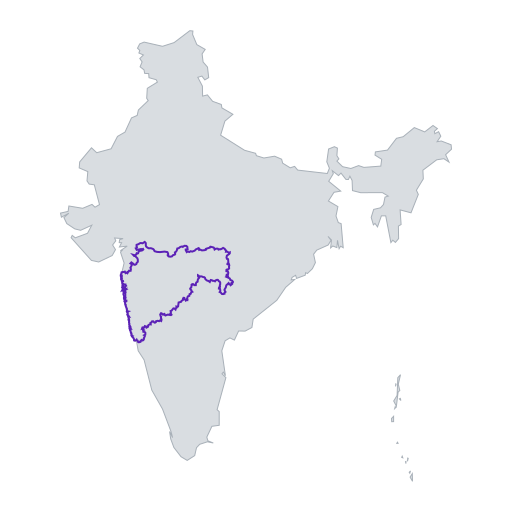 Maharashtra highlighted on a map of India
{"feature_id": "IND-2447", "entity_name": "Maharashtra", "entity_type": "State", "adm_level": 1, "iso_a3": "IND", "parent_name": "India", "parent_adm1": "", "projection": "robinson", "projection_center": [76.089, 18.818], "detail": "fine", "context": "in_parent", "style": "outline", "palette": "violet", "viewbox_px": 512, "rotation_deg": 0, "n_neighbors": 0, "source": "natural_earth", "source_scale": "10m", "svg_char_len": 9725}
<svg xmlns="http://www.w3.org/2000/svg" viewBox="0 0 512 512"><path d="M60.5,213.1L68.1,211.4L68.9,206.0L82.7,208.3L92.0,204.4L95.0,207.2L99.5,204.6L94.3,184.8L89.2,184.1L87.0,180.9L87.8,171.6L79.2,167.9L79.7,161.9L91.5,147.8L96.7,152.7L111.1,148.8L117.5,136.4L125.0,132.1L131.5,117.9L137.2,115.4L138.4,110.0L148.2,100.6L146.7,98.3L147.3,88.3L157.4,82.1L156.2,79.7L149.0,77.7L148.7,73.6L144.7,73.4L144.0,69.9L140.1,66.8L142.1,61.9L139.8,58.5L143.4,55.0L138.9,53.0L139.8,50.4L137.5,48.2L139.7,43.9L144.1,42.1L162.5,46.3L174.1,42.6L189.8,30.7L192.9,31.0L192.6,34.5L196.8,44.6L205.2,49.4L202.1,53.9L203.1,62.0L207.5,67.1L208.7,77.6L204.8,79.9L201.9,76.1L197.8,77.3L202.4,86.1L202.6,96.1L207.4,94.9L212.6,101.3L221.3,104.5L221.9,107.9L232.9,114.3L224.9,121.1L220.6,135.2L244.6,150.3L255.6,153.3L256.4,155.7L263.9,158.0L274.6,156.2L281.6,159.2L282.7,163.2L290.2,167.8L294.6,166.4L297.7,170.1L327.3,173.5L329.4,168.2L326.8,161.8L328.6,149.0L334.4,146.7L337.4,148.1L336.9,155.7L338.9,158.9L336.9,161.1L342.6,166.7L350.9,168.5L358.6,165.6L363.9,167.4L380.8,166.1L381.7,159.3L375.0,155.1L375.4,151.9L387.5,150.1L396.5,138.3L403.2,136.7L414.3,127.6L424.7,131.9L433.0,125.5L437.4,128.6L434.4,131.2L434.8,133.7L438.6,131.7L440.8,136.2L437.1,141.7L441.3,141.0L451.1,144.8L451.5,149.2L445.6,154.7L449.0,162.1L443.9,158.7L436.7,159.8L422.9,170.2L423.3,178.9L416.4,190.2L418.3,194.4L411.0,212.8L400.1,209.9L401.1,224.5L398.4,226.1L398.6,238.6L395.4,242.4L392.8,240.2L390.9,242.6L385.7,215.8L381.4,215.8L377.5,226.9L375.0,223.4L373.4,224.9L371.2,217.4L373.7,209.4L380.5,207.8L383.5,204.5L385.0,197.1L388.2,196.1L382.4,192.6L360.7,192.7L352.5,190.6L352.1,180.5L349.9,176.2L348.4,179.5L345.9,179.4L341.0,173.1L338.5,175.6L332.3,170.7L333.3,173.7L328.7,181.3L340.7,191.1L334.0,192.3L328.4,201.0L337.9,206.6L336.0,216.0L338.3,222.6L341.1,223.6L343.2,247.7L340.6,246.2L339.1,248.7L337.5,240.3L336.9,247.6L332.8,246.0L330.6,247.9L331.5,240.0L328.0,236.4L331.0,240.3L328.2,245.0L316.8,250.1L313.6,254.2L315.4,262.6L312.4,268.7L307.4,273.5L305.6,272.7L305.2,275.2L296.6,278.4L295.6,275.3L292.1,277.4L291.2,279.9L294.8,279.4L285.7,287.3L276.8,300.3L253.2,319.1L251.9,327.5L245.1,331.1L238.6,331.0L234.4,340.1L229.9,337.9L225.1,340.8L221.8,350.8L225.4,375.7L223.3,372.1L222.0,373.8L225.9,377.6L217.1,409.7L219.2,411.6L219.2,425.3L211.9,426.3L206.8,437.1L207.9,440.8L213.3,443.0L207.4,441.8L199.7,444.3L196.5,447.7L194.7,455.6L187.2,460.4L181.0,456.7L173.9,447.5L170.7,438.9L169.6,431.5L172.6,437.6L171.0,431.5L162.5,409.0L151.8,390.1L144.1,359.9L138.2,350.8L136.6,341.6L134.5,340.8L129.9,329.1L123.7,294.9L125.5,288.9L125.1,286.8L123.2,289.6L122.7,288.0L122.9,284.6L125.3,284.9L122.6,283.6L121.0,276.2L124.1,263.0L120.5,252.1L122.0,250.5L120.4,250.7L127.2,246.1L119.4,247.0L121.6,242.7L119.2,242.6L119.6,239.7L123.1,238.6L114.6,238.0L115.8,240.8L112.6,245.0L115.5,249.6L112.2,255.5L98.7,262.0L91.4,260.4L71.1,237.7L72.2,235.4L75.3,237.8L87.5,233.3L91.8,225.2L80.6,230.3L74.8,228.9L66.8,223.6L63.9,217.6L68.8,213.2L61.4,217.2L60.5,213.1ZM396.4,406.2L393.7,401.0L397.1,395.4L397.8,377.7L400.5,374.7L398.3,384.2L399.8,390.5L398.1,392.1L396.4,406.2ZM412.3,473.6L412.5,481.3L410.1,477.1L412.3,473.6ZM393.6,421.6L391.7,421.7L391.5,418.5L393.6,416.3L393.6,421.6ZM406.0,461.4L405.9,463.6L405.5,461.6L406.0,461.4ZM408.2,458.3L407.5,461.3L407.7,458.1L408.2,458.3ZM410.5,470.9L409.8,473.2L409.2,472.3L410.5,470.9ZM398.1,443.3L396.8,443.4L397.4,442.2L398.1,443.3ZM395.9,407.4L394.7,408.6L395.2,406.7L395.9,407.4ZM400.3,398.4L400.9,400.5L399.4,398.9L400.3,398.4ZM402.8,457.8L401.7,457.4L402.2,456.2L402.8,457.8ZM396.1,384.1L395.5,386.4L395.8,383.9L396.1,384.1Z" fill="#d9dde1" stroke="#a8b0b8" stroke-width="1"/><path d="M134.8,340.6L134.1,340.4L134.1,339.5L133.5,338.1L131.9,336.4L131.9,336.1L132.3,335.9L131.4,335.4L131.6,333.8L131.9,333.3L131.4,333.7L131.3,334.5L131.2,332.9L130.9,332.8L130.4,330.7L130.2,330.5L130.5,330.0L129.9,329.5L129.4,328.1L129.5,327.4L130.0,328.1L130.4,328.2L130.1,327.8L130.3,327.5L129.9,327.4L129.6,326.9L130.3,326.7L130.1,326.3L129.7,326.5L129.5,326.2L129.7,325.4L129.2,324.7L129.4,323.5L129.0,322.5L129.2,320.9L128.8,320.5L128.7,320.1L129.0,320.1L129.1,319.4L128.5,317.1L127.9,315.8L128.7,316.1L127.6,314.5L127.8,313.1L127.0,311.9L128.1,311.4L127.2,311.2L127.0,310.8L126.8,309.8L127.0,309.1L125.6,305.7L125.8,305.1L125.4,304.7L126.0,303.9L125.5,304.3L125.2,303.9L124.9,301.9L124.4,301.4L124.6,300.4L125.0,301.1L126.1,301.4L126.2,301.6L126.0,302.0L126.4,301.4L126.4,300.6L125.3,300.5L124.9,300.1L125.0,299.8L124.2,299.3L123.9,298.0L124.1,296.7L124.7,296.6L125.5,297.9L125.6,297.6L124.9,296.2L124.2,296.2L123.4,294.3L123.6,292.4L124.2,292.4L124.4,292.0L125.3,293.5L125.3,292.7L125.6,292.2L125.2,291.9L125.1,291.2L124.7,291.5L124.0,290.9L124.2,290.5L124.4,290.6L124.6,290.1L125.3,289.8L124.8,289.7L126.1,289.3L126.2,289.0L125.3,289.3L125.3,288.2L125.0,287.8L125.1,286.7L124.6,287.4L124.5,288.7L123.9,289.4L123.9,288.8L123.6,289.1L123.0,290.8L122.7,290.7L122.7,289.9L122.3,290.1L122.7,289.3L122.7,288.6L122.9,288.7L123.0,288.4L122.8,288.2L123.0,286.6L122.5,286.7L123.1,285.3L122.4,286.0L122.5,284.3L125.1,284.6L125.8,286.0L126.1,285.8L125.3,284.5L124.1,284.4L123.2,283.8L122.8,284.0L122.2,283.3L122.1,281.7L123.8,280.9L122.7,281.0L122.0,280.1L121.8,280.7L122.1,281.1L121.7,280.8L121.2,277.9L121.5,278.3L121.8,278.2L121.6,277.6L121.8,277.0L121.8,276.8L121.1,277.6L121.1,276.7L120.7,275.9L120.9,274.3L121.5,273.4L121.5,272.4L122.5,272.0L123.8,272.0L124.8,271.6L125.5,273.0L126.0,272.6L126.4,272.9L126.9,272.7L127.4,273.2L127.8,272.6L127.8,271.8L128.6,271.6L129.0,270.7L130.6,270.8L130.9,269.3L130.7,268.1L130.4,267.8L131.8,265.1L131.1,263.7L130.5,263.4L131.4,262.4L133.5,263.9L134.1,264.7L135.0,264.8L136.3,264.1L136.6,263.0L137.8,261.8L137.8,259.7L137.4,258.3L135.1,256.0L134.2,256.0L133.1,254.8L135.0,255.3L136.0,254.7L136.6,253.4L137.0,253.7L138.1,253.3L138.6,251.7L139.7,250.7L140.6,250.8L142.4,250.3L143.3,249.5L143.0,248.9L141.8,249.4L141.2,249.0L136.7,249.9L135.8,248.3L136.6,248.0L137.0,247.2L136.5,246.3L136.6,244.8L138.4,244.2L140.0,243.2L140.9,243.0L142.6,243.3L144.7,241.9L145.8,243.1L145.8,245.3L146.1,246.5L147.4,247.6L148.8,248.3L150.9,248.2L152.9,248.9L153.7,249.5L154.6,251.2L157.0,251.9L160.0,252.1L164.6,251.6L167.4,252.1L168.1,253.5L168.2,254.9L167.7,255.2L167.8,255.5L168.6,256.4L170.2,256.7L171.9,256.4L173.1,255.1L174.8,254.6L175.2,254.0L174.9,252.4L176.1,251.6L176.8,250.4L177.3,248.5L178.7,248.2L180.2,247.0L181.4,246.6L182.3,246.5L182.8,246.9L184.4,245.8L186.3,245.9L187.3,246.8L187.6,249.3L185.7,249.5L185.7,250.1L186.6,251.8L186.9,251.4L187.6,251.8L188.5,251.7L189.4,252.0L190.6,251.2L192.2,251.6L194.6,250.7L196.0,249.3L197.6,248.7L198.4,248.1L199.0,248.4L199.2,249.9L200.2,249.6L201.9,250.4L204.3,250.2L205.9,249.8L206.1,249.5L205.9,248.9L206.3,248.7L209.9,247.6L210.2,246.8L210.5,246.7L213.6,247.5L214.2,248.2L214.6,249.5L215.9,248.7L217.3,248.6L218.0,248.8L218.5,249.6L220.1,249.1L220.6,249.3L221.6,248.9L223.1,247.9L224.7,248.8L225.1,249.7L226.0,250.4L226.2,250.9L226.0,251.7L227.1,251.6L229.0,252.8L229.8,252.4L229.8,253.2L229.2,254.0L226.9,255.6L226.5,257.5L226.9,258.8L227.8,258.9L228.1,259.3L228.4,262.9L227.5,263.5L227.4,264.2L227.6,264.3L228.4,263.9L229.0,264.1L229.3,265.5L229.0,266.3L229.1,268.5L227.9,269.4L226.7,269.6L226.4,269.9L226.4,271.2L227.9,271.5L228.3,272.8L227.9,274.8L226.7,274.7L226.5,275.3L227.3,275.9L226.3,276.8L227.2,277.2L227.5,276.5L228.0,276.5L228.5,277.8L229.8,278.5L230.3,279.9L232.1,280.7L232.9,281.7L232.9,282.2L232.6,282.7L231.7,282.9L232.1,284.0L230.6,285.2L230.0,284.2L229.2,284.3L228.6,283.1L226.3,285.3L225.8,287.4L224.5,289.6L224.6,290.5L225.5,291.9L224.4,292.9L224.5,293.7L223.1,294.1L222.0,294.0L220.8,292.6L219.7,292.0L220.2,291.3L220.3,290.3L219.9,288.4L218.9,288.5L218.9,288.0L219.3,287.1L220.0,286.6L219.8,285.2L220.2,284.3L220.2,282.6L219.7,281.6L218.9,281.3L217.9,279.9L217.1,279.8L215.8,280.3L215.0,281.3L214.5,280.9L212.6,280.8L211.9,280.2L210.7,280.0L209.8,282.0L208.4,280.9L207.3,280.7L206.2,279.9L205.4,279.2L204.9,277.7L204.1,277.1L203.2,277.1L201.9,276.5L200.8,276.3L200.0,276.7L199.1,276.3L198.7,275.7L198.0,275.3L198.0,276.1L199.0,278.0L198.0,279.2L197.7,280.2L197.6,281.7L196.4,282.4L195.9,283.4L195.8,285.1L194.2,285.1L193.4,284.2L192.3,284.1L191.7,284.6L192.0,285.0L191.5,285.7L191.3,287.3L190.2,288.5L190.4,289.4L191.3,290.1L191.4,290.7L192.3,291.8L191.3,292.2L190.6,293.9L189.6,294.1L189.3,295.9L188.1,296.2L187.5,297.0L187.3,298.2L186.8,298.9L187.5,299.5L187.4,300.1L186.9,300.0L185.9,300.5L185.8,300.0L184.6,299.4L184.3,297.9L183.5,297.8L183.0,298.7L183.0,299.9L181.5,300.9L181.1,301.8L178.6,302.5L178.1,306.4L177.7,306.7L176.4,306.5L176.6,307.7L175.9,308.2L175.5,309.5L174.4,308.5L173.4,308.4L171.6,310.6L170.6,311.0L170.9,312.5L170.6,313.2L171.5,314.7L171.0,315.1L169.8,315.0L169.2,314.5L168.4,314.8L167.8,314.6L165.4,315.5L164.9,315.1L164.5,314.1L164.2,314.3L164.0,314.1L163.1,314.7L162.7,314.1L161.9,313.9L161.6,313.3L161.0,313.2L160.2,314.5L160.6,316.1L161.1,316.8L160.9,318.1L161.5,319.2L161.1,319.8L161.4,320.4L161.2,321.0L160.1,320.4L159.1,321.2L157.7,320.8L156.1,321.2L155.9,322.1L154.9,322.7L154.2,322.4L153.3,321.3L152.1,321.3L151.6,322.3L150.5,322.8L150.7,324.4L149.8,324.3L148.4,325.1L147.8,326.1L148.1,326.5L148.0,326.8L146.5,327.6L146.1,326.5L144.9,326.1L144.6,327.0L143.8,327.8L143.2,327.4L142.9,328.0L142.3,327.8L142.0,328.7L142.6,328.5L142.8,329.0L143.2,329.1L143.3,329.6L143.8,330.0L143.1,330.4L143.4,331.8L143.9,331.7L145.2,332.4L145.4,332.9L145.3,334.6L144.2,335.2L144.8,335.6L144.8,336.4L143.7,338.4L144.0,338.9L143.3,340.2L142.0,340.6L141.8,340.0L141.6,339.9L140.2,341.4L140.3,341.9L138.8,342.3L138.1,342.0L137.6,340.6L136.8,340.2L136.6,339.7L136.1,340.3L134.8,340.6Z" fill="none" stroke="#5b21b6" stroke-width="2"/></svg>